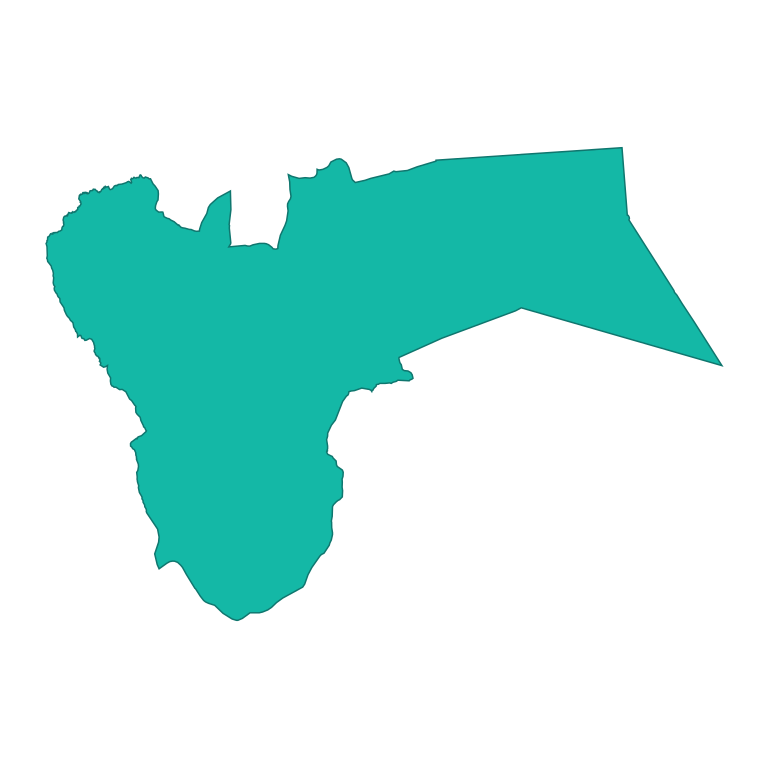 Gatsibo, Eastern, Rwanda
{"feature_id": "39286606B53863210323147", "entity_name": "Gatsibo", "entity_type": "district", "adm_level": 2, "iso_a3": "RWA", "parent_name": "Rwanda", "parent_adm1": "Eastern", "projection": "robinson", "projection_center": [30.287, -1.667], "detail": "fine", "context": "isolated", "style": "filled", "palette": "teal", "viewbox_px": 768, "rotation_deg": 0, "n_neighbors": 0, "source": "geoboundaries", "source_scale": "gbopen_adm2", "svg_char_len": 5987}
<svg xmlns="http://www.w3.org/2000/svg" viewBox="0 0 768 768"><path d="M159.1,568.8L166.9,563.2L169.8,561.6L172.6,561.1L174.6,561.2L177.7,562.4L180.7,565.2L182.5,567.4L186.3,574.3L194.9,588.3L195.5,588.7L200.4,596.3L203.6,600.4L205.5,601.9L208.5,603.3L214.7,605.3L223.1,613.4L232.1,619.0L236.4,620.3L237.9,620.3L242.4,618.4L250.0,612.8L259.2,612.8L262.6,612.0L267.8,609.9L271.6,607.3L276.6,602.5L282.8,598.0L302.7,587.1L304.7,584.1L308.0,574.7L311.9,567.4L319.9,556.0L321.4,554.5L324.0,553.2L329.2,545.3L329.9,542.9L331.3,540.0L332.5,534.6L332.5,532.7L331.7,527.7L331.6,522.0L331.3,521.3L332.2,516.3L332.5,506.6L333.5,504.7L336.4,501.7L338.2,500.3L339.6,499.7L342.3,496.9L342.6,490.7L342.1,487.1L342.3,482.2L342.1,479.1L343.0,476.3L343.2,472.2L342.4,470.1L337.3,466.5L336.5,464.8L336.1,461.0L333.1,458.0L332.3,456.5L327.7,454.3L326.6,452.0L327.3,451.1L326.9,451.0L327.6,448.7L327.6,446.0L326.6,439.6L327.6,436.2L327.7,433.0L328.1,432.2L331.4,425.2L335.4,420.0L342.6,401.5L346.5,396.0L347.8,395.2L348.5,393.9L348.9,391.7L351.1,391.0L354.5,390.6L361.7,388.1L369.2,389.4L370.9,390.2L371.8,391.5L372.2,390.3L372.9,390.2L373.8,388.4L376.1,386.2L376.4,384.6L378.5,384.2L379.8,383.4L385.0,383.4L389.7,382.9L391.2,383.4L393.1,382.2L396.2,381.4L397.9,380.2L409.2,380.8L410.3,379.7L411.7,379.3L413.0,378.3L412.2,374.8L410.9,372.7L408.0,371.0L404.2,370.6L402.3,369.3L401.3,364.8L399.8,362.5L398.9,358.5L399.1,357.4L441.9,338.2L515.6,310.8L521.2,307.8L721.9,365.6L693.9,321.5L682.1,303.6L676.8,295.0L674.5,292.4L673.9,290.5L672.5,288.3L628.9,219.9L629.4,218.6L629.2,217.2L628.2,215.4L627.3,215.2L622.0,147.7L436.0,160.2L435.9,161.2L417.2,166.8L407.4,170.5L396.0,171.7L393.8,171.1L389.1,173.9L370.7,178.4L365.1,180.3L355.3,182.5L352.6,180.0L351.9,178.6L348.8,167.5L346.2,162.8L341.3,159.2L339.5,158.8L336.5,159.2L330.9,162.0L328.8,165.8L327.0,167.4L323.0,169.3L320.5,169.8L318.8,170.0L317.1,169.3L317.0,172.9L316.7,174.4L315.8,175.8L314.1,177.3L310.0,178.1L305.1,177.7L299.1,178.4L291.7,176.3L288.3,174.6L289.7,181.9L290.0,189.6L291.0,196.3L290.4,198.9L288.7,201.4L287.6,203.9L287.5,206.4L288.1,210.9L286.6,220.9L285.0,225.4L280.4,235.2L278.0,245.4L277.8,248.5L276.0,249.2L273.1,248.8L271.9,247.3L268.6,244.7L266.1,243.7L264.2,243.4L259.6,243.4L253.0,244.8L249.9,246.1L247.8,246.1L245.1,245.4L228.8,246.9L230.6,243.9L230.8,242.8L229.3,228.0L229.5,225.4L229.1,224.7L230.9,209.7L230.4,191.0L217.7,197.9L210.3,204.5L208.4,207.5L206.8,213.5L201.7,222.6L199.6,229.3L199.4,231.1L196.3,231.3L194.4,230.9L191.1,229.5L189.2,229.4L185.0,228.2L182.4,227.8L180.7,227.1L178.9,225.0L178.6,224.9L178.3,225.3L174.1,221.7L170.7,220.0L169.0,218.7L167.4,218.4L164.0,216.7L162.9,212.2L162.2,212.0L158.7,212.1L156.2,210.2L155.3,208.7L155.4,207.2L155.6,205.5L156.9,201.6L158.0,200.0L158.4,193.9L158.1,190.6L155.1,186.1L153.0,183.8L150.5,178.8L149.2,178.9L148.1,177.9L145.3,177.0L144.2,178.1L143.0,177.8L141.6,176.5L141.1,175.3L140.2,174.9L139.4,176.3L139.0,177.6L136.9,177.5L136.2,178.0L135.2,178.0L134.0,177.3L132.8,178.6L131.9,178.8L131.4,178.4L130.7,179.7L131.2,180.6L131.6,182.6L131.1,183.2L128.8,181.4L127.5,181.8L126.2,182.7L121.9,184.1L118.2,184.5L117.3,185.5L116.6,185.7L116.2,185.3L114.4,186.0L112.5,188.7L110.6,189.6L110.1,189.6L109.4,188.8L108.4,186.5L106.8,187.1L105.8,186.7L105.2,187.3L105.1,187.0L104.9,187.5L104.7,187.1L104.5,187.4L104.1,187.1L103.6,187.5L103.8,188.0L103.2,188.7L102.7,188.7L102.7,189.1L101.8,189.4L101.0,191.1L100.1,192.0L99.4,191.8L99.2,192.6L97.8,192.1L97.2,191.0L96.7,191.0L94.9,189.2L94.0,189.6L93.3,189.2L92.5,190.5L90.1,190.8L89.2,192.9L88.2,193.6L87.9,193.3L87.6,193.7L86.7,193.5L87.2,192.9L86.9,192.6L85.7,192.4L84.9,193.0L84.9,192.4L84.3,192.5L82.9,192.6L82.5,193.3L82.9,193.7L80.7,194.8L80.9,194.3L80.6,194.2L79.4,195.4L78.8,198.9L80.6,201.5L80.2,202.2L80.9,202.9L81.0,204.1L79.9,206.0L79.3,206.0L79.0,207.0L78.3,207.1L77.9,207.9L77.9,207.6L77.7,207.7L77.7,209.5L76.2,210.5L75.8,211.5L75.3,211.5L74.7,212.2L74.1,211.8L72.4,212.7L72.3,212.1L71.2,213.2L69.0,212.6L69.0,213.0L68.5,213.0L67.7,215.2L67.5,214.6L65.8,216.3L65.2,216.0L64.3,216.5L63.7,217.4L63.1,220.0L63.7,222.3L63.4,222.9L63.9,224.3L63.4,226.3L62.7,226.4L62.1,227.5L61.7,230.0L59.9,231.1L58.7,231.3L57.2,232.6L56.0,232.4L54.6,232.9L54.1,232.5L53.0,233.0L52.9,233.7L52.3,233.4L52.2,234.0L50.6,233.8L49.0,236.4L47.7,237.1L47.5,240.2L47.0,240.5L46.9,242.1L46.1,243.5L47.0,246.6L47.3,255.9L46.8,258.3L47.4,259.5L47.7,261.5L51.2,266.0L51.6,268.0L52.7,270.2L53.4,273.3L53.1,275.9L53.7,277.7L53.2,282.8L53.7,284.9L54.8,286.5L54.2,288.2L54.4,290.1L56.1,293.1L56.8,293.6L58.0,296.6L59.8,298.5L60.1,301.9L64.0,307.8L64.4,310.3L66.4,314.7L67.5,316.4L69.3,318.2L70.6,320.6L71.5,321.1L73.0,322.9L73.7,327.0L75.3,329.6L75.7,331.3L76.5,332.0L77.5,334.0L77.6,337.0L79.8,335.3L80.8,335.5L81.8,338.0L82.1,338.4L83.7,338.6L84.9,340.4L86.3,340.2L89.5,338.5L91.7,339.3L93.6,342.5L94.2,345.1L94.6,345.7L94.5,347.1L94.9,348.6L94.2,350.6L94.2,351.6L95.2,353.0L95.5,354.3L96.6,355.8L98.0,356.4L99.1,358.4L99.5,358.1L99.7,358.3L99.9,360.2L99.5,361.1L99.9,361.2L99.9,361.8L100.7,362.7L100.7,363.6L100.1,364.9L103.6,367.2L105.5,366.7L107.5,365.5L107.1,369.3L107.8,373.1L110.6,377.9L110.4,381.0L110.9,384.3L112.0,386.0L113.1,386.3L114.0,387.2L116.0,387.2L119.6,389.6L122.2,389.4L125.9,391.8L129.6,399.0L131.6,400.6L134.5,404.9L135.9,406.4L135.6,408.2L135.9,412.3L137.2,414.3L140.2,417.3L140.9,420.5L143.4,425.7L143.6,426.8L144.8,427.8L145.8,430.1L146.4,430.8L145.9,431.7L141.5,435.7L138.1,436.9L137.0,438.8L136.5,438.3L131.3,442.2L130.5,443.6L130.6,446.1L131.9,447.2L132.6,448.6L134.4,449.7L135.7,452.6L135.9,455.2L136.5,456.8L136.4,458.1L136.8,459.0L136.5,459.4L138.3,464.1L138.5,466.6L137.8,470.6L136.7,472.4L137.2,476.9L137.1,479.3L137.6,481.8L137.3,481.3L138.7,485.7L138.4,487.7L139.4,492.5L142.0,497.0L142.0,498.9L143.0,500.4L143.1,502.3L144.6,504.9L144.8,506.8L145.9,508.5L146.4,510.1L146.3,511.7L146.9,513.1L157.6,529.1L159.1,537.0L158.6,542.2L154.7,553.9L157.2,564.5L159.1,568.8Z" fill="#14b8a6" stroke="#0f766e" stroke-width="1.5"/></svg>